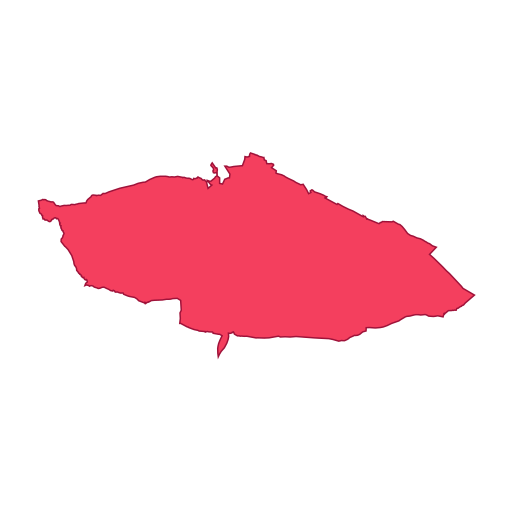 "Nedre Eiker" nor, Buskerud, Norway (Mercator projection), rotated 93°
{"feature_id": "86288312B66874291334067", "entity_name": "\"Nedre Eiker\" nor", "entity_type": "district", "adm_level": 2, "iso_a3": "NOR", "parent_name": "Norway", "parent_adm1": "Buskerud", "projection": "mercator", "projection_center": [10.023, 59.763], "detail": "fine", "context": "isolated", "style": "filled", "palette": "rose", "viewbox_px": 512, "rotation_deg": 93, "n_neighbors": 0, "source": "geoboundaries", "source_scale": "gbopen_adm2", "svg_char_len": 6107}
<svg xmlns="http://www.w3.org/2000/svg" viewBox="0 0 512 512"><g transform="rotate(93 256 256)"><path d="M283.6,35.8L277.5,47.6L275.5,49.3L263.4,61.9L260.8,65.1L257.2,68.9L249.0,78.2L245.3,82.8L237.8,76.4L236.6,80.4L234.6,83.3L234.0,85.3L233.2,86.5L232.3,88.5L231.6,89.5L230.2,92.7L229.5,96.3L228.0,100.0L227.4,102.7L226.9,103.6L225.6,105.8L221.8,108.9L218.9,111.6L217.5,113.4L217.0,114.1L216.9,115.2L214.1,120.8L214.8,122.0L215.0,131.6L216.0,132.8L216.0,133.6L217.2,134.6L217.1,135.5L214.2,143.7L213.4,146.4L213.4,147.0L213.0,146.8L212.8,147.4L212.4,147.9L210.7,149.0L210.9,149.7L210.0,151.1L211.1,151.1L210.9,151.6L206.0,161.5L204.4,166.1L201.9,171.9L199.3,177.0L200.3,177.8L194.4,190.2L193.7,189.6L193.9,188.9L193.1,188.3L192.8,189.7L191.7,191.8L190.5,195.1L188.9,200.9L187.2,203.0L187.0,203.7L188.2,205.3L189.7,204.5L191.0,206.7L187.0,209.0L181.9,212.7L182.2,213.5L182.5,215.4L182.0,216.2L180.5,219.9L179.1,222.3L176.9,227.7L175.5,230.7L174.4,232.4L173.9,234.0L173.6,234.3L172.7,238.8L172.3,240.1L172.1,240.4L169.8,240.2L167.0,245.1L164.4,243.1L163.5,243.4L162.8,245.5L163.2,247.6L163.2,250.1L160.2,250.9L159.6,252.7L157.2,253.3L157.3,253.9L156.8,255.5L156.4,257.9L155.2,260.3L155.4,260.4L154.8,262.5L154.6,262.5L153.4,266.9L154.7,267.6L156.9,267.7L157.0,268.6L157.4,268.9L157.6,270.4L157.3,272.2L160.1,272.3L166.5,274.3L167.8,283.0L168.5,285.7L168.8,287.5L168.7,288.0L167.8,289.9L167.9,291.8L175.6,286.3L179.3,286.6L179.5,288.0L180.4,289.8L181.0,291.2L185.9,293.2L185.4,296.1L179.9,296.4L178.1,298.9L177.7,299.0L173.6,299.3L172.0,299.1L170.2,299.6L170.0,300.3L170.2,300.8L165.3,304.6L167.1,305.7L168.0,305.8L170.2,303.5L171.3,303.0L172.5,303.0L173.3,303.5L175.0,302.9L175.3,302.1L174.9,300.3L175.0,299.7L175.9,299.3L177.5,299.2L178.1,299.4L179.1,300.7L180.3,301.3L183.6,304.9L183.8,306.1L183.0,308.7L183.9,308.6L184.7,307.1L186.9,305.2L187.5,303.8L191.0,307.4L184.5,309.4L183.4,310.8L182.7,311.2L182.7,311.8L183.0,312.5L182.8,313.5L181.4,314.9L180.8,316.8L180.1,318.1L181.3,318.9L181.2,319.4L181.8,320.1L181.9,320.5L181.9,321.6L181.8,322.3L182.7,322.4L183.1,323.1L183.1,323.7L182.0,326.1L181.8,327.3L182.0,327.8L181.8,329.9L181.2,331.9L181.5,333.1L181.3,333.1L181.3,333.5L180.6,338.4L181.4,341.6L181.3,344.3L181.7,346.5L181.3,348.4L181.1,350.5L181.4,355.8L182.1,359.6L182.8,361.4L185.2,366.2L188.0,370.4L188.3,372.7L189.6,377.5L191.6,381.9L195.5,395.6L199.6,406.1L201.3,409.4L201.6,411.0L201.5,412.0L202.2,412.6L202.5,413.2L203.6,414.3L203.5,416.4L204.0,418.4L203.8,418.4L203.6,421.9L204.0,423.0L204.6,423.5L205.3,423.7L208.4,427.0L210.0,428.0L211.8,428.5L212.0,429.1L212.0,430.2L212.9,435.9L213.4,437.0L213.7,438.5L214.2,439.5L214.1,442.8L214.3,443.5L214.8,443.9L215.1,444.6L215.2,446.3L215.5,448.2L215.5,450.2L216.4,453.4L216.9,454.4L216.2,455.8L216.1,458.2L215.5,459.0L213.0,460.9L212.7,461.4L212.6,462.0L212.7,463.7L212.3,465.1L212.2,466.1L211.6,468.0L210.8,468.9L210.7,470.2L211.0,470.8L210.7,471.5L210.7,472.0L211.5,473.2L212.4,476.2L216.7,475.3L218.0,475.3L219.6,474.7L220.3,475.4L222.2,475.2L224.6,474.0L225.5,472.4L226.7,471.9L227.0,471.2L228.1,471.3L230.2,470.6L230.1,469.5L231.1,468.7L231.0,468.3L231.2,467.8L231.0,466.8L232.3,464.7L232.5,463.6L231.7,462.5L230.4,462.0L230.3,461.5L229.8,461.3L229.7,460.5L228.4,459.3L228.3,458.1L229.2,457.2L228.9,456.9L229.0,455.9L230.6,454.8L232.6,453.9L233.1,453.9L233.4,453.3L234.0,453.7L234.7,453.6L235.8,453.1L235.9,452.6L236.2,452.8L236.5,452.4L238.2,452.3L238.4,451.9L238.7,451.9L240.6,451.0L241.0,450.0L241.7,450.0L243.4,448.9L244.8,449.3L245.5,449.8L245.9,449.7L247.8,450.2L249.3,451.4L251.8,451.4L256.4,447.4L256.6,446.9L259.4,444.0L265.2,440.0L271.1,437.7L273.3,437.3L275.2,436.5L275.7,435.7L277.8,434.6L279.8,434.3L281.1,433.0L282.4,432.2L282.5,431.7L283.5,431.0L283.4,430.6L283.9,430.3L284.4,429.4L285.2,429.4L285.3,429.0L285.8,428.9L286.7,427.7L286.4,426.8L287.2,426.7L288.3,425.9L288.8,425.2L288.8,424.9L288.3,424.4L288.8,423.6L289.4,423.6L290.0,423.1L291.0,423.2L291.6,424.1L292.5,424.7L294.5,425.3L293.8,423.9L294.2,421.4L294.9,420.8L294.3,419.6L294.2,418.4L294.5,417.3L295.5,415.9L296.2,413.0L296.7,411.9L296.4,410.3L295.3,408.0L295.1,406.4L295.2,405.8L296.1,403.8L297.1,401.1L298.1,399.5L298.5,397.2L297.7,396.8L298.2,395.5L299.3,394.8L299.4,394.4L299.2,392.4L299.6,391.4L300.1,389.5L299.9,386.8L301.1,386.2L302.5,382.3L303.0,380.3L303.7,375.1L305.0,372.7L306.8,370.8L308.6,365.2L308.1,364.9L308.1,364.6L308.6,364.3L309.3,364.3L309.4,363.8L309.0,363.4L308.9,363.7L308.3,363.6L308.4,363.1L307.7,361.0L307.4,361.0L307.4,360.4L306.0,358.2L305.5,355.0L304.8,347.3L303.9,343.2L303.8,341.1L303.5,338.9L302.9,337.0L302.4,332.4L304.3,328.9L314.1,327.8L316.8,328.9L322.4,328.3L327.3,328.6L327.2,327.8L330.5,320.8L330.5,320.1L330.9,319.6L331.9,316.6L332.7,313.9L333.3,310.1L333.9,308.9L334.1,302.7L334.6,302.6L333.9,300.8L334.2,299.0L334.2,295.5L334.7,294.9L335.4,294.8L336.1,289.4L336.1,288.1L337.4,285.7L342.3,287.7L345.3,288.7L348.1,289.2L350.4,289.4L355.3,289.0L358.6,288.4L356.1,287.4L353.1,285.8L349.3,282.8L344.6,280.6L340.8,279.5L337.9,279.1L334.5,279.5L334.6,277.9L334.4,277.0L333.9,276.0L333.5,275.9L333.3,275.5L333.5,275.2L333.0,274.7L333.3,274.3L335.1,273.5L336.7,270.4L336.6,268.5L336.9,267.7L336.7,266.4L336.8,263.6L336.6,260.9L337.8,251.7L337.6,249.9L337.5,243.5L337.0,238.5L334.9,229.4L335.6,227.4L335.1,222.7L335.1,217.6L334.3,211.8L334.7,193.0L334.7,178.9L335.3,174.9L336.7,168.9L335.9,166.0L336.0,164.6L335.9,163.1L334.6,160.6L333.5,159.0L332.7,158.5L330.6,154.3L330.1,153.7L330.2,152.9L329.9,150.8L329.6,149.9L328.7,148.2L326.2,145.5L325.1,142.2L321.8,142.2L321.5,139.0L321.6,133.0L320.9,128.0L320.2,125.2L318.6,121.4L316.2,117.0L313.3,109.9L312.1,108.4L310.1,105.4L308.9,103.6L308.4,102.3L307.9,99.1L306.6,95.1L306.2,93.3L306.1,90.4L306.3,88.5L305.6,84.0L305.9,82.7L307.0,80.4L307.1,75.7L306.8,73.9L306.2,71.4L307.0,66.0L305.1,65.6L304.3,64.8L303.8,65.3L303.4,65.1L303.2,63.9L300.5,61.0L300.2,57.5L299.9,56.9L300.0,56.1L299.6,54.8L299.7,54.0L299.6,53.2L298.3,52.9L297.7,52.4L297.5,51.3L296.4,50.1L295.6,48.7L295.5,48.3L294.6,47.5L294.1,46.2L292.0,44.6L283.6,35.8Z" fill="#f43f5e" stroke="#9f1239" stroke-width="1.5"/></g></svg>